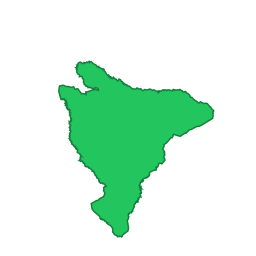 Chum Ta Bong, Nakhon Sawan, Thailand, rotated 232°
{"feature_id": "78962969B50351990269412", "entity_name": "Chum Ta Bong", "entity_type": "district", "adm_level": 2, "iso_a3": "THA", "parent_name": "Thailand", "parent_adm1": "Nakhon Sawan", "projection": "mercator", "projection_center": [99.574, 15.665], "detail": "fine", "context": "isolated", "style": "filled", "palette": "green", "viewbox_px": 256, "rotation_deg": 232, "n_neighbors": 0, "source": "geoboundaries", "source_scale": "gbopen_adm2", "svg_char_len": 5777}
<svg xmlns="http://www.w3.org/2000/svg" viewBox="0 0 256 256"><g transform="rotate(232 128 128)"><path d="M173.0,89.6L170.7,89.3L170.8,88.7L170.4,88.5L169.0,88.5L168.6,87.6L168.9,87.4L168.6,87.0L169.0,87.0L168.6,86.2L169.1,85.8L168.1,85.8L167.9,85.2L168.3,85.4L168.2,84.8L167.7,84.4L166.1,84.5L165.4,83.7L165.0,84.0L164.7,82.7L164.5,82.9L164.0,82.5L164.1,82.0L162.9,82.0L162.1,80.8L161.9,81.3L160.9,81.1L159.7,79.6L159.9,78.8L159.2,78.1L158.2,78.0L158.0,77.4L157.7,77.5L157.6,77.0L157.1,76.9L157.4,76.6L156.2,76.1L155.9,75.0L154.5,75.2L154.1,74.8L153.5,75.3L152.7,74.8L152.0,75.3L151.7,74.5L150.5,74.5L150.1,73.8L148.7,74.1L148.5,74.6L147.2,74.2L146.6,74.3L146.5,74.8L145.7,74.5L145.6,74.9L144.7,74.4L144.7,74.8L143.7,75.1L143.7,74.3L143.3,74.2L141.8,75.0L140.3,73.1L136.9,74.1L136.1,73.8L135.9,74.2L134.7,73.9L134.7,73.4L134.2,73.6L134.5,73.2L133.9,71.8L132.8,71.6L132.6,70.2L132.0,70.0L132.2,69.7L130.6,70.2L130.4,71.4L127.7,71.5L127.5,71.2L126.8,71.9L124.4,70.7L123.5,71.0L122.9,72.0L122.4,71.9L121.8,72.8L120.5,72.5L119.7,73.3L116.9,73.7L116.0,73.1L114.7,74.5L113.9,73.7L112.3,73.7L111.0,73.0L109.5,73.5L107.9,72.7L106.0,73.5L104.9,72.8L103.9,72.9L103.9,72.4L103.2,72.2L101.3,72.4L100.4,74.2L99.5,73.9L97.9,75.1L95.5,74.8L96.3,73.7L96.0,72.0L94.5,71.3L93.7,70.1L91.0,69.8L88.9,66.6L89.7,63.1L89.5,59.8L90.2,58.4L91.1,52.5L86.4,49.9L83.2,49.8L75.8,51.3L74.0,50.4L72.5,51.4L72.5,50.6L71.0,51.7L71.1,52.1L70.6,52.5L69.7,52.7L69.3,52.2L67.1,53.1L66.3,52.7L65.9,53.6L64.4,53.0L62.4,54.0L60.6,54.3L57.8,53.9L55.2,51.8L53.6,52.1L53.0,51.7L51.6,52.0L50.5,52.9L48.6,52.9L48.1,54.6L47.7,54.5L47.1,55.6L46.2,55.8L46.2,56.8L47.1,58.2L46.9,64.5L48.9,66.9L55.5,70.5L56.4,72.6L57.7,74.1L58.5,74.0L60.0,75.4L60.1,76.0L59.6,76.1L60.0,77.1L59.0,78.6L59.9,79.3L59.4,80.3L60.4,81.0L62.1,84.6L63.6,85.1L63.9,87.2L64.4,87.4L64.6,88.1L64.1,88.9L64.7,89.2L64.3,89.6L64.9,89.6L64.9,90.5L64.4,90.8L65.0,90.9L64.9,91.3L65.8,92.0L65.4,92.3L66.0,92.7L65.8,93.0L66.3,93.1L66.2,94.2L66.6,95.2L65.7,95.7L69.0,97.2L68.4,98.4L69.1,99.1L69.8,98.8L71.0,100.0L71.5,99.4L71.9,100.1L72.6,99.9L72.8,100.6L72.0,101.3L73.1,101.1L73.4,101.9L74.0,100.8L74.7,101.1L74.8,101.8L75.2,101.3L76.0,101.6L76.4,103.3L77.2,103.7L77.5,104.7L76.8,105.3L77.9,106.1L76.7,106.9L77.3,107.9L78.2,107.4L78.6,109.0L77.8,110.5L78.0,111.3L77.2,112.1L77.2,112.6L77.9,113.1L77.1,114.0L77.5,114.5L77.2,115.5L79.7,117.6L79.2,121.0L77.6,124.5L78.8,125.6L79.7,125.6L79.8,126.5L79.2,126.8L79.1,127.7L80.8,130.2L81.0,131.0L80.3,131.9L78.9,132.6L80.0,137.5L83.7,138.6L84.1,140.5L85.3,141.1L86.2,141.0L86.5,142.1L90.0,142.4L91.5,145.3L92.8,146.2L92.5,149.0L93.9,155.8L93.1,157.1L95.0,159.9L89.3,164.0L88.9,169.8L88.2,170.5L88.7,175.3L87.9,177.0L86.9,183.0L85.5,185.2L85.0,187.7L83.5,200.5L85.3,202.7L86.8,203.4L87.2,204.3L88.3,204.6L88.6,206.0L89.0,206.2L91.5,205.7L93.9,206.0L94.3,205.6L98.4,205.5L99.3,205.0L100.9,202.5L101.7,202.4L102.1,201.8L103.9,201.4L104.1,200.2L103.8,199.8L104.5,198.9L106.5,198.6L110.0,197.3L112.7,197.2L113.9,196.2L115.7,196.8L118.1,196.5L120.0,195.5L120.9,195.9L121.6,195.6L121.8,194.4L122.8,193.5L123.8,193.7L125.5,192.5L125.8,192.8L126.1,192.4L126.4,192.5L128.2,189.3L129.7,188.0L129.5,187.6L130.1,187.6L129.9,187.1L130.5,186.6L130.2,185.6L132.9,183.8L133.3,182.7L133.7,182.6L133.9,181.2L134.9,181.1L136.1,179.5L135.8,179.1L136.6,178.7L136.8,178.0L136.6,177.0L137.6,175.9L137.3,175.3L137.9,175.3L137.4,174.5L138.1,174.4L137.8,174.0L138.1,174.1L138.3,173.6L139.1,173.7L139.7,172.7L142.0,172.0L142.6,170.6L145.2,169.3L146.3,166.2L148.1,164.8L148.1,163.2L148.4,162.6L150.3,162.0L151.1,162.3L151.9,160.6L154.0,159.8L153.8,158.5L154.3,157.5L156.4,155.5L159.7,154.9L160.7,154.4L160.9,153.7L161.8,153.8L162.3,153.3L162.5,153.6L163.7,153.1L164.2,152.2L164.8,152.5L164.9,151.5L165.9,151.8L166.3,151.5L166.4,152.1L167.4,151.7L167.9,152.1L169.2,151.4L169.9,151.8L171.1,151.6L172.1,151.0L171.3,149.9L171.5,148.8L173.8,148.7L174.0,148.2L176.1,147.8L176.0,147.4L176.5,147.4L176.2,147.1L176.8,147.4L176.7,146.5L177.4,146.1L177.0,145.7L178.7,144.8L178.6,145.3L179.3,144.8L179.4,145.5L180.1,144.7L180.8,144.7L180.6,145.0L181.3,145.5L181.8,145.3L181.7,144.7L182.7,144.1L186.6,144.7L187.6,144.4L188.9,145.2L189.6,144.9L189.5,144.4L190.1,144.6L190.6,143.8L193.5,142.8L193.5,142.2L194.5,142.0L194.8,142.5L195.4,141.3L197.0,141.6L200.8,140.0L202.9,140.0L203.6,138.6L204.1,138.5L203.6,138.0L204.3,138.0L204.8,136.3L205.4,136.1L205.2,135.2L206.1,134.3L205.8,133.5L206.6,133.5L206.4,133.0L207.0,131.4L208.1,131.6L209.3,130.9L209.8,129.3L209.4,127.8L208.1,126.8L208.6,126.5L207.9,126.4L208.1,125.6L207.1,125.3L207.7,124.1L206.8,124.3L206.2,123.5L205.5,124.1L203.9,122.1L201.5,121.7L199.9,122.4L198.8,122.1L198.4,121.3L197.1,123.4L196.4,123.4L195.4,122.7L193.3,122.8L191.6,121.1L190.3,121.0L189.7,120.4L188.5,120.7L187.3,120.4L186.9,121.1L186.0,121.1L185.6,121.7L184.4,121.4L183.9,122.7L182.7,123.1L182.3,124.0L181.3,124.0L180.5,124.6L179.8,125.6L180.2,126.9L177.5,128.8L175.9,127.9L178.8,125.8L181.6,118.1L182.4,117.0L180.2,115.5L181.4,115.1L183.7,112.5L189.7,112.6L190.3,112.1L190.5,110.8L191.4,110.1L194.0,110.5L194.5,108.9L196.1,107.3L197.4,106.6L198.8,104.8L201.7,103.2L203.2,100.1L202.6,99.1L199.4,96.0L192.2,92.9L191.7,92.9L191.9,93.5L191.5,93.7L191.2,93.3L191.3,93.8L190.7,93.9L190.6,94.4L191.1,94.6L190.5,95.5L188.8,94.9L189.4,95.5L188.7,95.4L188.3,95.9L188.2,95.5L187.6,95.6L187.6,95.2L186.7,95.6L186.8,95.1L186.2,95.1L186.5,94.9L185.9,94.6L186.3,94.5L186.3,93.5L184.4,94.0L184.5,93.4L183.6,93.7L183.9,93.0L183.5,93.2L183.0,92.4L183.1,92.8L182.5,92.5L182.5,93.0L182.1,92.5L181.3,92.7L181.3,92.1L180.5,92.5L180.6,92.1L179.8,91.8L179.0,92.3L179.2,92.9L178.1,93.2L178.0,92.6L177.4,92.8L177.3,92.2L176.0,92.1L176.3,91.7L176.1,91.2L174.8,90.9L174.5,90.2L173.9,90.9L173.0,89.6Z" fill="#22c55e" stroke="#15803d" stroke-width="1.5"/></g></svg>